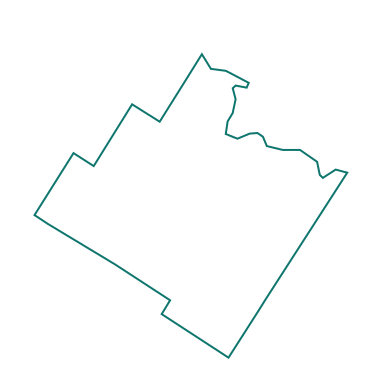 Johnson, Arkansas, United States of America (Natural Earth projection), rotated 211°
{"feature_id": "52423323B48862010704992", "entity_name": "Johnson", "entity_type": "district", "adm_level": 2, "iso_a3": "USA", "parent_name": "United States of America", "parent_adm1": "Arkansas", "projection": "natural_earth1", "projection_center": [-93.456, 35.548], "detail": "fine", "context": "isolated", "style": "outline", "palette": "teal", "viewbox_px": 384, "rotation_deg": 211, "n_neighbors": 0, "source": "geoboundaries", "source_scale": "gbopen_adm2", "svg_char_len": 607}
<svg xmlns="http://www.w3.org/2000/svg" viewBox="0 0 384 384"><g transform="rotate(211 192 192)"><path d="M75.4,68.8L73.9,122.0L73.6,138.1L68.9,288.5L80.4,285.2L87.1,271.5L91.3,272.5L100.3,282.3L121.1,283.7L135.9,274.8L151.5,269.9L159.7,275.9L166.2,276.3L172.6,271.8L180.5,261.1L192.9,259.1L197.8,270.8L197.8,280.7L202.4,294.0L210.5,301.9L209.4,305.7L198.9,309.6L199.6,314.8L225.4,313.3L239.2,307.3L254.5,315.2L255.0,284.2L255.9,235.6L288.5,236.3L288.6,228.2L289.6,163.6L313.6,164.3L315.1,91.1L299.0,90.4L220.6,90.3L155.0,87.9L155.1,71.7L75.4,68.8Z" fill="none" stroke="#0f766e" stroke-width="2"/></g></svg>